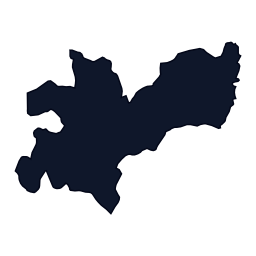 outline of Caldas
{"feature_id": "COL-1397", "entity_name": "Caldas", "entity_type": "Department", "adm_level": 1, "iso_a3": "COL", "parent_name": "Colombia", "parent_adm1": "", "projection": "albers", "projection_center": [-75.309, 5.29], "detail": "fine", "context": "isolated", "style": "filled", "palette": "ink", "viewbox_px": 256, "rotation_deg": 0, "n_neighbors": 0, "source": "natural_earth", "source_scale": "10m", "svg_char_len": 3513}
<svg xmlns="http://www.w3.org/2000/svg" viewBox="0 0 256 256"><path d="M235.3,43.7L236.0,45.0L237.4,46.1L238.2,47.1L238.2,53.0L238.4,53.8L238.8,54.5L239.3,55.2L240.6,55.8L240.3,56.7L239.6,57.7L238.6,59.9L237.5,61.7L237.2,63.2L238.7,63.9L239.7,66.0L238.7,70.7L235.7,78.2L238.4,79.0L239.1,80.2L238.0,81.3L235.1,81.8L232.7,82.6L232.3,84.3L233.4,86.0L235.7,86.7L234.6,89.3L234.3,92.5L234.8,95.8L235.7,98.5L233.2,98.9L232.7,100.1L233.5,104.0L232.9,104.9L231.6,105.8L230.4,106.9L229.1,111.5L225.8,117.4L225.1,120.8L224.5,121.7L221.8,124.3L220.8,124.9L220.1,125.8L220.4,127.8L218.6,128.3L211.9,125.4L205.7,123.7L204.1,123.7L200.5,124.4L197.2,125.9L190.5,124.5L186.9,124.5L180.6,126.7L176.9,127.2L174.4,127.3L171.4,128.5L170.0,129.7L165.7,131.6L164.8,134.7L157.5,145.5L156.5,147.5L156.2,148.5L155.8,149.4L154.9,150.0L153.3,150.5L150.8,150.0L147.0,148.3L141.9,150.5L140.4,152.2L137.8,153.7L134.6,154.8L132.2,154.8L130.1,154.2L128.0,154.4L125.4,155.6L121.7,159.0L117.7,163.6L116.0,168.1L119.1,169.7L121.5,173.8L116.0,184.5L115.4,187.0L115.1,189.3L117.8,194.6L119.4,197.2L119.1,199.8L117.9,202.5L114.8,206.8L110.9,213.6L106.5,209.2L101.3,205.1L98.3,202.0L95.9,199.1L92.5,193.9L91.0,192.7L89.1,192.2L85.5,192.0L80.8,190.7L78.9,190.5L74.9,190.8L70.4,190.2L69.7,189.2L69.7,188.3L69.3,187.2L67.7,184.4L66.3,183.5L65.6,183.2L65.2,183.5L65.2,183.8L65.1,184.1L61.5,187.3L60.6,187.9L59.3,188.3L56.9,188.5L55.2,188.1L53.9,187.5L53.2,186.9L52.4,185.2L46.4,170.7L45.3,170.8L40.3,178.5L39.8,180.0L39.5,185.9L39.1,187.7L38.1,189.3L35.5,191.8L34.1,192.5L30.4,191.8L27.2,190.4L26.6,189.1L22.6,185.9L20.7,183.3L19.6,180.6L19.3,179.6L19.1,178.3L19.0,175.5L17.6,173.1L15.4,171.0L19.2,161.1L21.4,157.5L22.2,156.9L23.6,156.7L26.8,156.8L27.8,157.2L30.8,159.2L32.2,152.6L36.0,145.0L36.5,143.6L36.7,142.2L36.6,138.7L36.3,137.7L35.0,136.9L34.3,136.1L34.0,134.8L33.7,132.9L34.4,131.0L37.8,128.3L38.6,128.2L39.9,128.4L42.9,129.9L45.8,129.0L48.3,131.5L49.0,131.9L50.6,132.5L56.2,133.7L59.2,132.5L60.5,132.2L63.9,127.2L64.7,125.4L62.7,123.3L61.6,121.9L61.1,119.6L61.2,118.4L60.2,117.0L55.1,111.7L53.2,110.2L51.6,109.4L50.7,109.3L49.8,109.7L47.9,111.2L47.1,111.5L45.1,111.5L38.3,114.6L37.0,114.8L30.7,115.5L27.7,113.2L27.7,112.5L27.5,110.9L27.6,108.9L27.4,93.1L36.7,89.3L48.1,81.2L50.6,80.9L53.2,82.8L55.1,84.2L57.1,86.2L58.7,86.6L62.4,86.4L66.1,86.9L70.1,86.6L72.2,87.3L74.8,88.0L75.5,83.8L75.8,80.4L75.4,76.8L72.6,67.2L72.7,64.6L73.6,59.2L71.1,58.3L70.1,56.2L70.1,50.7L70.0,50.2L72.1,50.2L77.7,52.3L79.9,52.6L81.9,54.3L81.9,54.9L82.4,55.5L82.6,56.2L82.8,56.8L83.4,57.7L84.4,58.4L90.9,60.9L92.0,61.6L93.8,61.7L94.8,61.5L102.5,57.3L104.4,58.1L105.0,58.8L105.9,59.4L107.1,60.0L109.7,60.8L110.7,61.9L111.2,63.6L111.0,66.9L110.7,68.8L111.0,70.4L112.8,72.5L114.0,73.3L115.2,73.6L116.3,74.2L117.5,76.1L121.7,88.3L122.0,90.3L122.1,91.3L121.3,97.6L126.0,95.8L128.6,102.9L129.4,102.7L130.6,102.3L132.5,98.9L133.2,98.1L133.9,97.3L134.6,96.3L136.3,93.1L137.4,92.1L139.1,90.7L142.7,88.4L145.2,87.2L146.8,86.6L147.4,86.4L151.8,86.0L152.7,85.5L153.3,85.1L153.4,83.6L159.2,77.1L160.7,74.4L160.7,73.7L160.5,73.0L160.3,68.0L160.8,63.4L167.2,62.8L170.7,61.5L172.9,60.4L174.1,59.6L175.0,58.7L175.8,57.7L176.4,56.6L177.1,55.7L178.2,53.9L189.3,50.6L195.8,49.4L199.8,48.6L203.3,49.6L204.1,50.2L204.6,50.8L206.5,52.6L213.6,57.3L215.4,58.1L221.2,56.3L223.3,52.2L224.2,48.5L224.9,46.7L225.5,45.5L225.7,44.1L226.2,43.5L226.7,43.2L228.1,42.8L229.0,42.9L230.6,42.4L231.2,42.4L231.8,42.7L233.2,44.1L233.8,44.6L235.3,43.7Z" fill="#0f172a" stroke="#020617" stroke-width="1.5"/></svg>